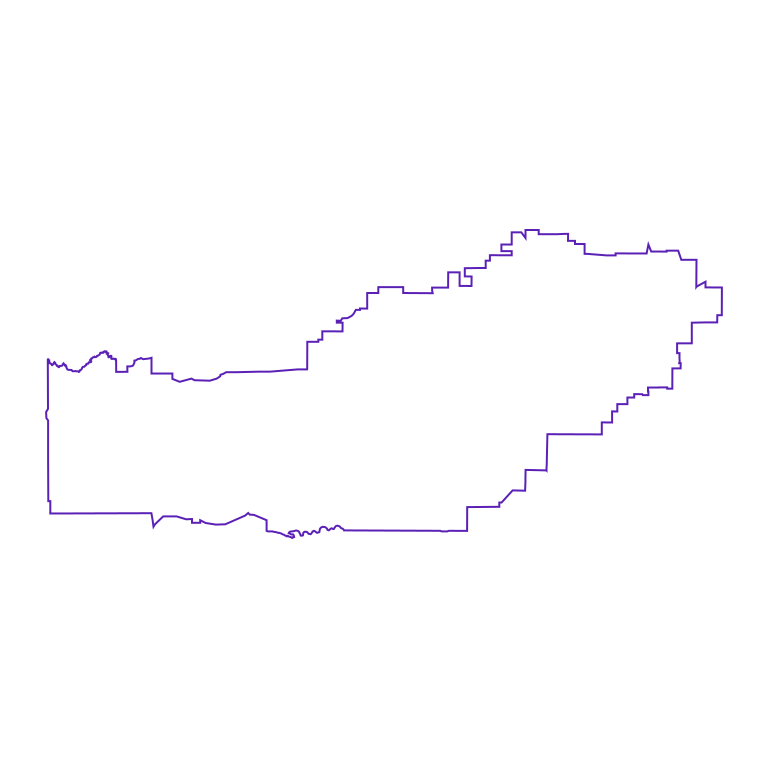 Woodanilling, Western Australia, Australia (orthographic projection)
{"feature_id": "25037944B81892326519969", "entity_name": "Woodanilling", "entity_type": "district", "adm_level": 2, "iso_a3": "AUS", "parent_name": "Australia", "parent_adm1": "Western Australia", "projection": "orthographic", "projection_center": [117.181, -33.52], "detail": "fine", "context": "isolated", "style": "outline", "palette": "violet", "viewbox_px": 768, "rotation_deg": 0, "n_neighbors": 0, "source": "geoboundaries", "source_scale": "gbopen_adm2", "svg_char_len": 5842}
<svg xmlns="http://www.w3.org/2000/svg" viewBox="0 0 768 768"><path d="M666.6,250.7L666.6,251.6L651.2,251.5L648.4,244.5L646.6,253.5L615.6,253.4L615.6,255.4L606.6,255.4L587.7,253.9L584.6,253.9L584.6,244.0L575.0,244.0L575.0,240.9L568.0,240.9L568.1,233.9L564.1,233.9L556.8,234.2L538.7,234.2L538.7,230.0L525.5,230.0L525.5,238.0L521.3,232.3L511.7,232.3L511.7,244.5L501.4,244.5L501.4,251.1L511.7,251.1L511.7,255.3L489.9,255.2L489.9,260.7L485.7,260.7L485.7,268.0L479.2,268.0L464.8,268.2L464.8,276.4L471.6,276.5L471.5,286.0L459.6,285.9L459.6,272.3L448.2,272.3L448.1,287.6L432.1,287.6L432.1,289.6L432.2,291.2L432.7,293.2L403.2,293.0L403.2,287.1L378.3,287.1L378.3,293.0L367.2,293.0L367.2,308.6L360.0,308.5L360.0,309.9L355.8,309.9L353.7,313.7L351.6,315.9L347.5,318.1L342.3,318.3L340.7,320.8L336.8,320.6L336.8,322.7L342.6,322.7L342.5,331.4L322.3,331.3L322.3,339.7L318.3,339.7L318.3,341.8L307.3,341.8L307.2,369.0L307.1,369.4L297.6,369.4L269.5,371.7L257.5,371.7L236.4,372.2L226.1,372.2L223.2,373.9L220.4,374.8L220.2,376.3L216.7,378.6L209.8,380.7L194.3,380.2L194.1,380.0L191.5,378.6L179.7,381.8L172.4,378.9L172.4,373.5L151.5,373.5L151.5,357.8L149.0,358.5L143.1,359.2L140.9,358.0L139.8,358.8L138.2,358.9L135.3,360.6L134.4,360.6L134.4,362.6L133.5,364.7L132.8,365.7L130.5,366.4L127.3,366.4L127.4,371.8L116.2,371.9L116.1,360.4L115.9,360.2L116.0,359.6L115.9,359.2L115.7,358.9L115.1,358.9L114.8,359.1L114.6,358.9L114.3,359.0L113.8,358.8L113.5,358.8L113.2,358.6L112.9,358.8L112.6,358.8L112.0,359.0L111.4,358.8L111.3,358.7L111.2,358.0L111.3,357.3L110.8,356.8L110.9,356.6L111.4,356.1L111.3,355.9L111.2,355.9L110.3,355.9L109.3,357.0L109.1,357.2L108.6,357.3L108.4,357.1L108.4,356.9L108.6,356.8L108.6,355.9L108.1,355.6L107.8,354.7L107.6,354.6L107.5,354.3L107.3,354.2L107.9,353.7L107.9,353.4L108.1,353.2L107.5,352.8L107.2,352.9L106.1,352.5L106.1,352.1L106.5,351.8L106.5,351.6L106.4,351.4L106.2,351.4L104.4,351.3L104.2,351.5L103.8,351.7L103.6,351.9L103.6,352.0L103.7,352.4L103.4,352.5L103.2,352.8L102.9,352.8L102.9,352.5L102.5,352.5L102.2,352.4L101.8,352.5L101.4,352.9L100.8,353.0L100.3,352.8L100.2,352.9L99.7,354.5L98.1,355.6L97.1,355.8L96.8,356.6L96.5,356.8L95.8,357.1L95.4,357.1L94.9,356.9L94.6,356.6L94.4,356.6L94.1,357.2L92.9,357.4L92.2,358.2L91.4,358.4L91.3,358.5L91.3,359.1L90.3,359.7L90.2,359.9L90.1,360.2L90.7,360.5L91.2,361.0L91.3,361.3L91.1,361.9L90.8,362.2L90.3,362.3L89.0,362.2L88.2,363.6L87.7,363.5L86.6,363.9L86.4,364.1L86.5,364.2L86.6,364.4L86.3,365.0L85.9,365.4L85.2,365.7L84.3,366.7L83.1,366.8L82.6,367.1L82.2,367.6L81.7,369.0L81.5,369.3L80.6,370.1L79.7,370.3L79.6,370.5L79.5,371.5L79.2,371.8L78.9,371.9L78.8,371.7L78.3,371.4L76.3,371.3L75.7,371.0L75.1,371.2L72.5,371.2L72.2,370.9L72.0,370.4L71.5,370.0L68.3,369.8L67.7,369.6L67.3,369.3L66.9,368.6L66.3,367.1L66.4,366.6L66.1,366.0L65.7,366.0L65.5,365.7L65.0,365.6L65.0,365.4L65.2,364.9L64.7,364.8L64.1,364.1L63.8,364.2L63.6,364.3L63.6,364.1L63.3,364.2L63.1,364.1L63.1,363.9L62.8,364.2L62.7,364.9L62.4,365.4L61.8,365.8L60.1,365.9L59.4,366.1L59.4,366.7L59.2,367.0L58.9,367.2L58.6,367.1L58.2,366.8L58.2,366.5L57.6,366.0L56.9,365.8L56.8,365.2L56.7,365.2L55.3,363.8L55.3,363.6L55.1,363.4L55.2,362.9L54.4,362.1L53.9,362.7L53.4,363.8L53.2,364.0L53.1,364.4L52.2,365.1L51.9,365.1L51.5,364.4L51.1,363.8L50.9,363.8L49.8,363.0L49.6,362.9L49.3,363.1L49.0,362.9L49.1,362.3L49.4,361.9L49.4,361.6L49.2,361.3L49.0,361.2L49.2,360.8L49.2,360.4L48.8,360.0L48.4,359.3L48.1,359.2L47.8,359.4L48.0,408.8L46.1,412.1L46.4,418.1L48.1,420.5L48.1,458.8L48.3,501.1L50.3,501.1L50.3,513.5L151.4,513.2L152.7,520.7L153.5,526.7L154.9,524.4L163.2,516.4L176.6,516.4L186.2,519.3L192.0,519.0L192.0,522.8L200.2,522.8L200.2,520.2L205.7,523.0L215.9,524.6L225.3,524.3L245.1,515.6L248.2,513.0L249.7,514.6L254.0,514.9L266.6,520.2L266.6,530.9L267.6,531.3L268.4,531.4L272.4,531.4L273.7,531.8L275.9,532.1L278.2,532.8L279.5,532.9L281.2,533.5L282.8,534.4L284.2,534.8L285.3,535.7L286.4,535.8L286.9,536.3L287.3,535.9L287.7,535.8L288.5,536.4L291.0,537.2L292.2,538.0L292.7,537.8L292.9,537.2L293.1,537.0L294.1,537.0L294.0,536.4L293.8,536.0L293.8,535.4L293.5,535.2L293.2,534.6L293.0,534.4L292.5,534.3L291.3,534.5L290.3,533.8L288.7,533.2L288.8,532.8L289.7,531.9L290.2,531.6L294.1,531.1L295.9,530.5L296.4,530.5L297.5,530.8L298.6,531.3L299.0,531.7L299.8,533.5L300.1,533.8L300.5,534.8L300.6,535.4L300.9,535.7L301.7,535.7L302.9,535.4L303.0,535.2L303.3,532.9L304.0,532.1L304.9,531.7L305.2,531.8L306.1,531.8L307.2,532.1L308.2,533.4L308.7,533.8L310.4,534.2L310.9,534.0L311.3,533.6L312.6,531.5L313.0,531.5L313.3,531.1L313.9,530.8L314.5,530.9L316.7,532.7L317.4,532.8L318.0,532.4L319.1,532.3L319.4,532.0L319.7,529.9L320.0,528.8L320.9,527.6L322.8,526.8L325.3,527.2L326.2,527.8L327.2,528.9L327.5,529.9L328.5,530.3L328.8,530.3L329.3,530.0L330.1,529.2L331.0,528.5L331.5,528.3L332.0,528.4L332.6,528.9L333.8,529.0L334.0,528.7L334.4,527.9L334.9,527.4L335.3,526.7L335.8,526.2L336.3,525.9L337.8,525.7L339.6,526.4L340.1,526.9L340.5,527.5L340.9,527.9L341.4,528.3L342.6,528.6L344.2,530.2L344.2,530.4L344.5,530.4L439.5,530.8L440.2,530.8L441.6,531.4L442.3,531.4L447.3,531.4L448.5,530.9L449.0,530.8L467.1,530.9L467.2,507.1L499.3,506.8L499.3,502.5L501.6,502.5L512.6,490.4L525.1,490.7L525.5,480.0L525.4,479.8L525.6,469.9L546.4,470.4L546.5,470.5L546.5,467.7L546.7,465.7L547.4,434.2L601.8,434.4L601.8,422.4L612.1,422.5L612.1,411.4L617.3,411.5L617.3,404.1L627.4,404.1L627.4,397.5L634.2,397.5L634.2,394.1L642.3,394.2L642.8,395.1L648.4,395.1L648.4,391.5L648.0,391.5L648.0,387.5L658.7,387.5L658.8,387.5L658.8,387.4L667.2,387.4L667.2,388.7L672.3,388.7L672.4,368.4L680.6,368.4L680.7,363.2L679.2,363.2L679.7,361.1L679.5,359.2L679.5,353.1L677.1,353.1L677.1,343.3L691.8,343.3L691.8,322.7L705.6,322.4L717.2,322.4L717.3,315.2L721.8,315.2L721.9,287.5L705.5,287.4L705.5,281.7L696.6,286.6L696.3,287.0L696.5,259.8L681.3,259.8L678.2,250.7L666.6,250.7Z" fill="none" stroke="#5b21b6" stroke-width="2"/></svg>